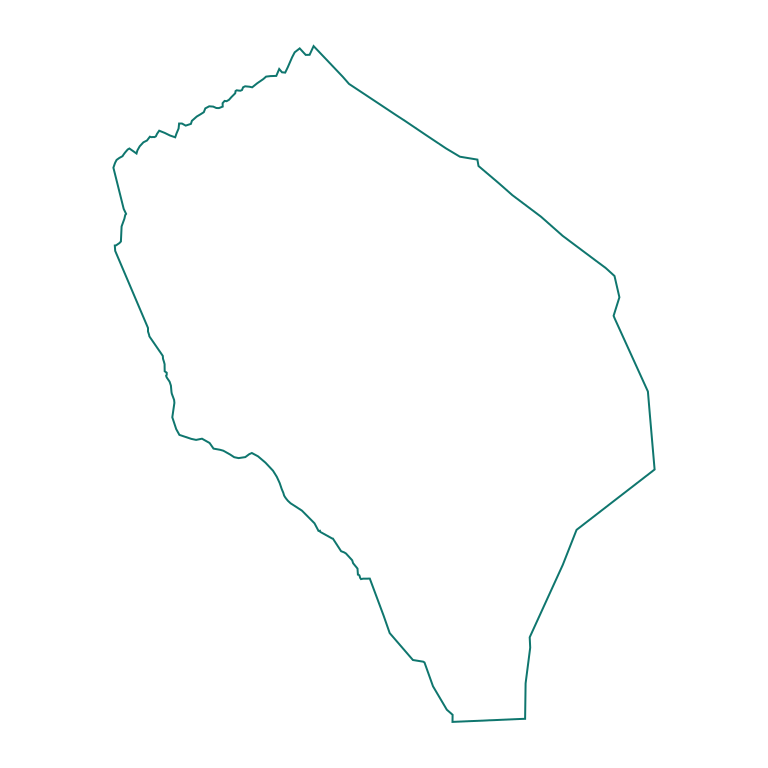 the district of Santiago Yolomécatl, Oaxaca, Mexico
{"feature_id": "50627088B72643928599423", "entity_name": "Santiago Yolomécatl", "entity_type": "district", "adm_level": 2, "iso_a3": "MEX", "parent_name": "Mexico", "parent_adm1": "Oaxaca", "projection": "natural_earth1", "projection_center": [-97.594, 17.466], "detail": "fine", "context": "isolated", "style": "outline", "palette": "teal", "viewbox_px": 768, "rotation_deg": 0, "n_neighbors": 0, "source": "geoboundaries", "source_scale": "gbopen_adm2", "svg_char_len": 2522}
<svg xmlns="http://www.w3.org/2000/svg" viewBox="0 0 768 768"><path d="M113.4,167.7L123.7,208.9L126.1,213.9L125.2,215.1L124.4,218.7L121.6,226.4L120.9,241.5L119.4,243.1L117.3,244.5L116.2,245.3L114.8,245.5L115.2,250.9L147.5,326.8L148.0,328.0L148.0,331.5L149.1,334.9L149.4,336.4L162.8,355.9L163.0,358.7L164.0,361.9L164.6,364.2L164.6,366.6L164.7,371.3L166.7,372.7L166.7,374.9L166.1,375.8L166.7,377.4L169.6,381.7L170.9,385.6L171.5,392.1L171.8,393.7L174.1,399.9L174.4,402.9L172.3,417.3L176.2,429.1L179.4,434.9L191.4,438.9L196.1,439.9L202.0,438.7L209.6,443.0L213.5,448.6L220.1,449.8L223.3,450.7L230.1,454.5L234.2,457.2L238.6,458.1L245.3,457.1L249.2,454.2L251.8,453.0L258.0,456.3L265.4,462.6L273.0,470.7L276.8,476.8L279.7,483.1L281.7,489.0L283.3,492.8L284.1,495.5L284.9,496.9L286.1,498.6L287.9,500.8L290.6,503.3L301.9,510.6L314.5,523.3L318.5,530.9L319.8,530.8L319.7,531.3L320.6,532.1L332.2,538.5L332.9,538.6L341.1,551.2L344.2,552.4L346.0,553.5L352.2,560.3L353.1,563.2L357.5,568.6L357.9,574.5L358.3,574.5L359.4,575.4L359.7,576.3L360.1,577.8L361.0,579.1L363.0,578.7L363.6,578.7L369.8,578.6L383.7,615.9L389.7,633.1L412.9,660.0L423.3,661.7L424.5,662.5L433.0,686.3L446.8,709.7L452.6,714.8L452.5,721.9L471.1,721.1L476.3,720.9L483.6,720.6L489.2,720.3L492.6,720.2L499.3,719.9L519.6,719.0L525.1,718.8L525.6,683.3L530.2,647.7L529.7,637.3L562.8,564.8L576.1,531.0L576.6,529.8L654.6,469.5L649.8,414.0L647.9,391.5L614.7,318.5L613.6,315.8L619.4,297.3L614.5,276.0L605.7,268.0L596.0,260.8L562.6,235.8L541.0,216.7L512.4,195.2L498.9,183.3L478.5,166.0L477.4,159.6L459.9,156.7L446.0,148.4L425.6,134.8L405.3,121.1L395.6,114.8L379.2,103.9L349.0,83.9L342.8,76.8L313.6,46.1L309.6,54.8L305.7,54.9L299.7,48.4L294.7,52.3L292.1,57.3L287.8,67.2L285.2,72.6L282.0,72.3L279.2,69.0L276.3,75.9L270.5,76.1L266.1,76.6L263.4,79.0L257.3,83.2L252.2,87.3L249.3,86.7L245.1,86.3L243.1,87.3L242.0,90.0L240.5,90.7L238.9,90.6L236.7,90.3L235.6,91.0L235.2,93.3L231.4,97.1L229.0,99.8L226.6,101.2L224.6,100.9L222.6,103.2L222.7,106.6L218.9,108.1L216.3,108.0L213.2,106.6L209.2,106.3L205.3,108.4L203.8,112.2L200.5,114.3L196.8,116.5L191.9,120.8L190.9,123.9L185.7,125.6L181.9,123.5L179.1,123.5L178.6,128.5L176.5,133.5L175.2,137.3L170.0,135.5L164.7,132.9L159.2,130.7L157.0,133.9L155.9,136.3L154.5,137.1L153.1,137.0L152.0,137.1L151.2,137.1L149.9,136.7L147.0,140.5L143.4,142.3L139.7,146.3L137.4,150.4L136.5,153.5L129.4,148.5L127.7,149.5L125.1,152.5L123.6,154.5L122.5,156.2L119.4,157.9L116.6,159.9L115.2,162.6L114.8,163.6L113.4,167.7Z" fill="none" stroke="#0f766e" stroke-width="2"/></svg>